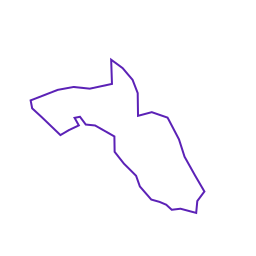 Katydata, Nicosia, Cyprus (orthographic projection), rotated 207°
{"feature_id": "46923920B20193016295799", "entity_name": "Katydata", "entity_type": "district", "adm_level": 2, "iso_a3": "CYP", "parent_name": "Cyprus", "parent_adm1": "Nicosia", "projection": "orthographic", "projection_center": [32.912, 35.095], "detail": "fine", "context": "isolated", "style": "outline", "palette": "violet", "viewbox_px": 256, "rotation_deg": 207, "n_neighbors": 0, "source": "geoboundaries", "source_scale": "gbopen_adm2", "svg_char_len": 640}
<svg xmlns="http://www.w3.org/2000/svg" viewBox="0 0 256 256"><g transform="rotate(207 128 128)"><path d="M31.1,106.1L46.8,116.2L63.4,127.3L64.5,128.0L77.4,141.0L95.7,154.0L97.5,155.2L114.0,152.9L124.6,143.4L135.2,163.5L145.8,173.0L152.8,175.9L159.9,178.9L174.0,181.2L162.3,160.0L179.9,145.7L195.2,139.8L207.9,130.1L215.4,121.7L227.3,108.4L222.3,102.0L209.4,98.4L185.0,91.0L179.7,99.3L173.0,108.0L180.2,112.8L175.9,116.2L167.2,111.9L158.5,115.3L136.3,114.3L129.1,100.7L115.5,94.4L99.1,89.1L90.9,81.3L74.8,74.8L66.3,76.5L59.1,77.0L51.9,75.0L44.6,79.9L28.7,83.3L33.1,94.4L31.1,106.1Z" fill="none" stroke="#5b21b6" stroke-width="2"/></g></svg>